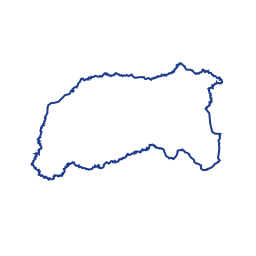 the district of Senangkhanikhom, Amnat Charoen, Thailand, rotated 347°
{"feature_id": "78962969B182385267454", "entity_name": "Senangkhanikhom", "entity_type": "district", "adm_level": 2, "iso_a3": "THA", "parent_name": "Thailand", "parent_adm1": "Amnat Charoen", "projection": "natural_earth1", "projection_center": [104.697, 16.044], "detail": "fine", "context": "isolated", "style": "outline", "palette": "blue", "viewbox_px": 256, "rotation_deg": 347, "n_neighbors": 0, "source": "geoboundaries", "source_scale": "gbopen_adm2", "svg_char_len": 5822}
<svg xmlns="http://www.w3.org/2000/svg" viewBox="0 0 256 256"><g transform="rotate(347 128 128)"><path d="M213.8,87.9L212.6,89.7L211.8,90.2L210.4,90.1L209.7,90.9L208.9,90.9L207.7,90.0L206.6,90.7L205.2,89.3L203.5,86.2L202.9,86.3L201.9,85.2L199.5,84.8L197.9,84.0L197.0,81.6L197.1,80.6L195.8,79.6L194.6,77.2L193.9,77.3L193.0,76.6L192.5,77.7L191.7,77.3L189.9,77.6L190.5,78.9L189.5,79.6L189.0,79.4L188.5,80.7L186.6,81.3L186.7,81.8L185.7,83.2L185.5,82.9L184.7,83.6L184.0,83.1L183.5,84.0L183.2,83.7L182.4,84.3L181.1,84.4L180.7,83.8L178.4,84.9L176.4,84.5L176.4,85.3L174.6,84.2L174.1,84.7L173.7,84.3L172.8,84.6L172.6,84.2L172.4,84.8L171.5,84.9L168.9,84.4L168.8,84.9L168.1,85.0L167.9,84.4L165.9,85.4L165.4,85.0L164.6,85.5L164.2,85.0L163.5,85.4L162.8,85.1L161.3,86.2L159.4,84.0L156.5,84.3L155.4,83.8L155.0,82.0L150.0,81.0L146.2,80.7L144.3,78.8L143.6,76.8L140.5,77.5L138.8,76.1L137.9,76.6L136.2,75.9L134.3,76.2L133.5,74.9L132.1,75.2L131.1,73.7L130.2,73.4L128.8,71.9L128.2,71.8L127.4,72.7L126.9,72.5L125.9,73.5L123.9,73.1L122.9,73.6L121.7,72.2L121.0,72.4L120.4,71.3L119.5,71.2L119.8,70.4L119.5,70.0L119.1,70.2L118.3,69.7L117.9,70.1L117.6,69.6L116.5,70.1L114.1,72.1L112.7,71.0L111.8,71.8L107.6,69.7L106.5,70.4L104.1,70.3L103.8,70.0L103.4,70.8L103.0,70.5L102.6,71.2L101.1,70.0L100.4,70.9L100.4,71.6L99.7,71.1L99.0,71.6L97.9,70.9L96.4,71.8L95.2,70.7L95.1,69.6L93.3,69.7L91.6,72.1L89.7,73.3L88.1,75.7L87.1,76.2L87.1,76.8L85.3,76.3L82.6,77.7L82.3,78.7L83.3,79.4L82.6,80.2L82.0,79.4L81.0,79.0L79.1,81.3L77.6,81.8L74.1,81.8L66.2,86.8L61.7,86.9L58.9,86.4L55.3,88.0L54.2,90.2L52.7,95.5L49.5,98.8L49.4,99.3L49.7,99.5L49.2,99.8L49.2,100.3L49.5,101.1L48.8,102.2L47.6,102.9L47.6,104.3L46.1,105.2L46.6,106.4L45.3,106.7L44.7,107.3L44.4,107.1L44.1,108.3L43.2,108.2L42.9,109.6L42.0,111.1L42.8,112.0L42.5,112.3L42.7,112.5L40.4,116.6L40.4,117.4L39.5,117.7L39.0,117.5L38.6,118.3L37.6,118.8L38.5,119.8L38.5,120.3L37.3,121.1L37.7,122.0L38.4,121.9L37.4,122.9L38.5,123.5L38.6,124.2L39.0,124.3L38.5,125.0L39.3,127.1L39.2,128.0L38.9,128.4L36.1,129.0L35.7,129.9L36.3,130.3L35.3,133.2L34.8,132.2L33.7,132.7L33.0,132.1L32.9,132.8L32.3,132.7L33.0,133.3L32.4,133.8L32.7,134.3L32.3,135.3L31.1,135.4L30.8,137.3L30.4,137.4L30.0,137.0L29.3,138.3L28.2,138.8L28.1,140.2L27.3,141.0L26.4,140.9L25.9,142.0L27.4,143.1L27.9,145.7L29.0,145.9L28.7,146.9L30.6,148.7L31.5,148.7L31.1,149.8L32.2,150.3L31.7,150.9L31.6,152.4L31.0,152.2L30.5,153.5L31.5,153.9L32.5,155.2L33.3,154.8L34.1,155.1L34.1,155.8L35.4,156.8L35.1,157.5L36.1,158.0L36.5,157.9L36.6,157.0L37.0,156.9L37.2,157.7L38.6,158.6L38.6,159.7L39.2,160.5L39.5,160.5L39.8,159.5L40.4,159.4L41.8,160.6L43.2,161.1L44.6,160.2L44.5,158.4L45.5,158.4L46.0,157.6L46.5,158.2L47.2,158.0L48.5,158.6L49.2,159.5L50.0,159.5L50.6,158.7L51.6,159.4L52.2,159.1L52.9,159.7L53.3,158.8L54.3,158.5L53.8,157.4L55.8,156.8L56.5,156.1L56.3,153.4L57.5,153.5L58.4,151.7L59.2,152.3L61.0,151.6L61.1,150.8L60.3,150.0L61.7,149.0L62.5,149.3L62.2,150.1L62.4,150.5L63.9,149.8L65.0,149.9L66.2,148.9L66.9,149.6L67.6,149.6L67.8,151.0L68.6,152.9L70.0,153.5L71.6,153.3L71.6,155.2L73.5,155.2L74.5,156.9L75.8,156.9L77.1,157.6L78.1,158.8L79.1,158.6L80.4,159.7L83.7,159.8L85.2,158.3L86.5,158.7L87.4,157.2L88.2,158.7L89.6,158.8L90.1,157.8L91.0,157.5L91.5,158.7L90.7,159.6L90.8,160.3L93.4,161.2L95.3,160.5L96.0,159.7L96.2,158.3L99.4,156.5L101.4,158.4L104.3,156.5L105.3,156.8L105.7,158.1L107.8,157.1L108.0,158.7L110.1,158.2L111.2,158.4L112.4,156.5L113.9,157.0L114.6,156.3L115.4,157.0L116.7,155.8L117.6,156.3L118.8,156.2L119.5,155.7L119.6,154.9L120.5,154.7L121.4,153.4L121.8,154.0L122.3,153.6L123.0,154.5L124.4,154.6L126.5,153.7L128.3,154.3L128.4,153.8L129.3,153.9L129.2,153.1L130.4,153.7L130.8,152.7L131.1,153.0L133.1,153.4L133.9,154.1L134.5,153.9L134.8,154.4L136.5,152.6L137.4,153.0L137.5,152.6L137.8,153.0L138.2,152.6L140.5,153.7L141.0,152.9L141.2,153.5L141.9,153.5L141.5,152.3L142.2,151.6L143.0,152.6L143.9,152.6L145.3,149.3L146.9,149.9L148.3,149.7L148.8,150.6L149.4,150.7L149.4,151.3L150.2,151.5L150.0,152.1L150.6,153.3L151.5,153.1L152.5,154.3L153.7,154.5L154.5,155.3L155.8,155.1L156.2,155.9L157.5,156.5L158.2,158.4L158.0,159.0L158.9,164.0L161.0,166.0L161.3,166.9L163.1,166.7L164.7,167.4L164.8,168.3L165.9,168.2L169.0,165.8L170.9,162.7L171.2,161.3L173.7,161.2L175.8,161.9L175.7,160.4L176.5,162.0L177.3,162.5L178.1,164.5L180.0,165.4L181.8,167.4L181.7,168.7L182.9,171.3L184.3,172.6L185.1,174.2L185.0,176.3L186.7,177.9L188.5,178.8L190.9,181.2L190.0,183.6L190.3,184.6L192.0,186.0L195.0,186.4L195.6,185.9L196.1,186.3L197.1,185.6L197.9,185.8L200.8,185.1L203.7,183.5L204.4,182.6L206.9,182.0L207.4,181.5L208.6,181.6L208.7,181.0L210.1,180.2L209.1,177.9L209.1,176.5L209.8,175.6L212.5,168.1L213.0,163.9L213.5,163.7L213.3,161.5L213.6,160.2L215.0,159.2L215.6,157.3L215.3,156.4L215.9,156.0L215.9,155.4L216.6,154.5L211.4,153.0L209.4,151.1L209.1,148.0L209.1,142.4L210.5,131.9L207.9,126.7L208.8,126.0L209.3,126.2L209.8,125.3L211.1,125.0L211.6,124.4L212.3,124.5L212.8,124.1L212.6,123.6L213.2,122.5L213.0,121.5L213.3,121.2L214.2,121.7L214.3,120.8L215.3,120.9L215.2,120.5L215.6,120.2L215.4,119.5L215.7,118.6L215.4,118.2L215.8,117.8L215.3,117.6L215.0,116.6L215.3,116.2L215.3,115.1L216.0,115.0L216.2,113.4L215.3,112.4L215.6,111.8L215.2,110.2L215.8,109.3L215.1,108.3L215.2,107.7L216.3,107.4L217.8,107.6L218.3,107.2L218.7,107.5L218.6,107.1L219.1,106.9L219.6,107.2L219.7,106.4L219.9,106.7L220.0,106.1L220.7,105.8L220.6,105.3L221.6,105.4L222.7,104.4L223.2,104.7L224.3,104.3L224.3,104.6L224.7,103.8L224.8,104.4L225.5,104.1L227.6,105.3L228.8,104.8L229.0,105.2L230.1,104.5L229.9,102.0L229.0,101.3L228.9,100.7L228.3,101.2L228.2,99.4L226.3,99.6L225.1,97.5L223.7,96.6L223.0,96.7L222.7,95.2L221.8,94.8L221.2,92.8L219.2,92.6L219.0,91.6L218.4,91.1L218.8,90.4L217.0,90.6L216.7,89.9L215.9,90.0L215.5,90.7L215.0,90.3L215.1,89.3L214.6,88.2L213.8,87.9Z" fill="none" stroke="#1e3a8a" stroke-width="2"/></g></svg>